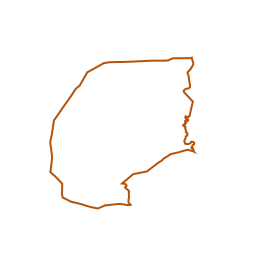 outline of Juchitán, Guerrero, Mexico, rotated 296°
{"feature_id": "50627088B83816556516", "entity_name": "Juchitán", "entity_type": "district", "adm_level": 2, "iso_a3": "MEX", "parent_name": "Mexico", "parent_adm1": "Guerrero", "projection": "robinson", "projection_center": [-98.669, 16.586], "detail": "fine", "context": "isolated", "style": "outline", "palette": "amber", "viewbox_px": 256, "rotation_deg": 296, "n_neighbors": 0, "source": "geoboundaries", "source_scale": "gbopen_adm2", "svg_char_len": 4165}
<svg xmlns="http://www.w3.org/2000/svg" viewBox="0 0 256 256"><g transform="rotate(296 128 128)"><path d="M130.9,62.7L126.1,61.9L123.9,61.5L122.0,61.2L120.8,61.0L119.7,60.8L118.5,60.6L116.1,60.2L115.5,60.2L113.4,59.9L112.5,59.7L111.6,59.6L110.6,59.4L109.9,59.3L108.3,59.1L107.4,58.9L106.3,58.8L102.3,58.1L94.1,60.7L90.1,62.0L81.1,64.3L69.7,71.9L68.5,72.6L68.3,72.6L66.7,73.3L63.4,74.5L59.6,75.7L58.1,76.3L55.1,77.3L54.3,77.5L53.6,80.1L52.5,84.0L49.1,93.3L48.7,93.5L46.9,94.3L43.6,95.9L42.9,96.3L41.5,96.7L40.4,97.2L36.9,99.7L36.9,102.4L36.8,107.9L36.9,109.9L37.8,113.4L39.2,120.1L39.4,122.0L40.6,129.0L42.4,136.1L44.6,138.1L46.1,139.4L47.0,140.1L47.9,141.0L48.2,141.0L48.6,141.6L49.2,142.6L50.6,145.1L51.9,146.9L53.4,149.3L55.4,152.6L56.2,154.0L56.5,154.8L56.9,156.3L57.7,158.3L57.8,158.4L58.3,161.1L59.8,163.6L59.9,163.8L60.1,164.0L60.4,163.3L60.9,161.9L61.2,161.4L61.5,161.0L62.2,160.6L63.2,160.2L64.6,159.7L65.7,159.4L66.7,159.0L68.5,158.0L69.9,157.2L70.2,157.1L71.0,157.1L71.3,157.0L71.6,156.6L71.9,156.1L72.1,155.8L72.3,155.0L72.5,154.2L72.7,153.4L73.0,152.5L73.1,151.8L73.2,151.5L73.4,151.4L73.5,151.3L74.0,151.5L74.5,151.7L74.9,151.9L75.3,152.1L75.6,152.0L75.8,151.8L76.0,151.2L76.5,150.2L76.5,149.9L76.4,149.6L76.1,148.7L75.7,147.7L75.6,147.3L75.5,147.0L75.8,147.1L88.8,152.9L97.3,164.1L103.4,167.1L111.8,171.4L112.7,172.3L116.2,173.5L121.1,176.6L123.1,177.7L127.8,183.5L134.7,191.2L135.7,197.7L135.7,197.9L136.0,197.4L136.2,197.2L136.5,196.9L136.9,196.4L137.5,195.9L137.9,195.7L138.0,195.5L138.1,195.3L138.2,195.1L137.9,194.8L137.7,194.6L137.6,194.4L137.7,194.2L137.8,194.0L138.0,193.8L138.2,193.6L138.4,193.6L138.6,193.6L138.8,193.6L139.1,193.6L139.3,193.7L139.5,193.8L139.8,193.8L140.0,193.8L140.3,193.7L140.6,193.6L140.8,193.6L141.1,193.8L141.5,194.1L141.7,194.3L141.9,194.4L142.0,194.4L142.9,194.4L143.3,194.2L143.6,194.0L143.9,193.6L143.9,193.3L144.0,192.9L143.8,192.3L143.6,191.5L143.6,191.1L143.4,191.0L143.2,190.8L142.6,190.9L142.1,190.9L140.9,190.1L140.3,189.6L139.7,188.7L139.4,188.1L139.3,187.5L139.1,187.0L139.0,186.5L139.0,186.1L139.1,185.9L139.5,185.7L139.9,185.2L140.2,185.0L140.5,184.7L140.9,184.4L141.1,184.3L141.2,184.2L141.5,184.2L142.0,184.2L143.2,184.2L144.6,184.1L145.1,183.9L145.3,183.7L145.5,183.6L145.8,183.6L146.1,183.8L146.7,184.3L146.9,184.4L147.2,184.4L147.4,184.4L147.6,184.4L148.0,184.3L148.3,184.0L148.6,183.9L149.0,183.9L149.4,183.6L149.5,183.3L149.5,182.9L149.5,182.3L149.6,182.1L149.8,182.0L150.0,181.8L150.2,181.7L150.4,181.5L150.5,181.5L150.6,181.4L150.9,181.4L151.1,181.4L151.4,181.2L151.5,180.9L151.7,180.5L152.1,180.1L152.4,179.9L152.7,179.6L153.0,179.3L153.2,179.2L153.4,179.2L154.0,179.3L154.2,179.2L154.6,178.7L154.7,178.3L154.7,178.1L154.3,177.7L154.3,177.2L154.3,176.7L154.7,176.4L154.8,176.3L155.1,176.3L155.5,176.8L155.8,177.0L156.1,177.3L156.3,177.5L156.5,177.4L156.9,177.3L157.1,177.2L157.3,177.2L157.4,177.3L157.4,177.5L157.6,177.7L157.8,177.9L158.1,177.9L158.3,177.9L158.5,177.7L158.8,177.3L158.8,177.0L158.9,176.4L159.1,176.3L159.3,176.3L159.5,176.4L159.6,176.5L159.6,176.9L159.7,177.3L159.8,177.5L160.0,177.8L160.4,178.1L160.6,178.4L160.9,178.7L161.1,178.8L161.4,178.7L161.6,178.7L161.8,178.0L161.9,177.4L161.6,176.3L161.7,176.0L162.1,175.4L162.5,175.0L162.9,174.8L163.3,174.7L163.7,174.7L163.9,174.7L164.0,174.8L164.0,175.0L163.9,175.3L163.5,175.5L163.4,175.7L163.3,176.0L163.3,176.5L163.3,177.0L163.6,177.3L163.8,177.4L164.2,177.5L164.8,177.5L165.1,177.5L165.3,177.7L165.5,177.9L165.6,178.1L165.8,178.0L180.2,174.7L181.7,170.7L184.8,162.5L186.1,161.7L187.8,162.4L188.9,163.2L189.8,164.7L190.6,165.3L191.6,165.8L192.7,165.5L194.8,164.2L196.1,163.1L197.4,162.3L198.9,161.2L199.8,160.7L202.0,159.1L203.3,157.5L204.5,157.1L206.8,158.1L208.7,158.4L210.0,158.4L210.6,158.6L211.5,158.9L212.3,158.7L213.6,158.7L214.3,158.5L214.9,158.2L215.6,157.7L216.3,156.9L216.7,156.5L218.0,155.5L218.8,154.9L219.2,154.6L218.6,154.0L218.3,153.8L211.7,140.6L210.8,138.7L209.4,136.9L208.3,136.0L206.5,134.7L205.4,132.8L204.9,132.0L203.9,130.0L198.9,119.8L192.8,108.7L186.6,97.3L179.2,82.9L175.8,77.9L168.0,72.5L160.2,67.0L145.0,66.0L140.5,63.9L137.9,63.6L130.9,62.7Z" fill="none" stroke="#b45309" stroke-width="2"/></g></svg>